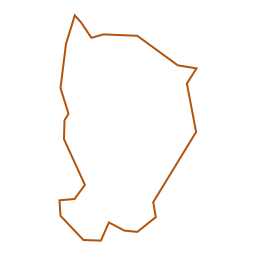 Guit, Unity, South Sudan (Equal Earth projection)
{"feature_id": "79223893B83086090968913", "entity_name": "Guit", "entity_type": "district", "adm_level": 2, "iso_a3": "SSD", "parent_name": "South Sudan", "parent_adm1": "Unity", "projection": "equal_earth", "projection_center": [30.02, 9.198], "detail": "fine", "context": "isolated", "style": "outline", "palette": "amber", "viewbox_px": 256, "rotation_deg": 0, "n_neighbors": 0, "source": "geoboundaries", "source_scale": "gbopen_adm2", "svg_char_len": 427}
<svg xmlns="http://www.w3.org/2000/svg" viewBox="0 0 256 256"><path d="M155.8,217.1L153.2,202.2L196.1,132.0L186.9,83.5L196.5,68.4L177.7,65.3L137.3,35.8L103.4,34.4L91.4,37.8L81.0,22.3L74.8,15.4L66.0,43.8L60.5,88.1L68.5,113.7L64.5,120.4L64.0,139.2L84.9,184.9L74.5,199.0L59.5,200.3L60.5,215.8L61.8,217.2L83.4,240.0L100.9,240.6L108.9,222.5L124.4,230.6L137.3,231.9L155.8,217.1Z" fill="none" stroke="#b45309" stroke-width="2"/></svg>